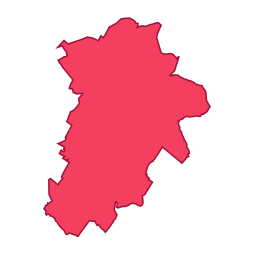 the district of Yauhquemehcan, Tlaxcala, Mexico, rotated 182°
{"feature_id": "50627088B44555224018793", "entity_name": "Yauhquemehcan", "entity_type": "district", "adm_level": 2, "iso_a3": "MEX", "parent_name": "Mexico", "parent_adm1": "Tlaxcala", "projection": "robinson", "projection_center": [-98.182, 19.403], "detail": "fine", "context": "isolated", "style": "filled", "palette": "rose", "viewbox_px": 256, "rotation_deg": 182, "n_neighbors": 0, "source": "geoboundaries", "source_scale": "gbopen_adm2", "svg_char_len": 5692}
<svg xmlns="http://www.w3.org/2000/svg" viewBox="0 0 256 256"><g transform="rotate(182 128 128)"><path d="M121.5,232.9L124.0,233.1L125.0,235.2L130.0,237.9L134.9,237.5L138.7,236.8L141.3,234.2L142.7,232.6L150.3,228.1L153.9,220.4L156.0,217.4L158.3,219.2L160.8,214.3L167.3,216.9L169.9,217.1L171.6,217.5L176.9,215.1L184.7,212.2L187.3,211.2L191.1,209.9L195.0,213.3L201.0,206.2L196.5,207.9L196.2,207.5L195.9,206.7L195.3,205.7L194.8,204.9L193.3,203.0L192.8,202.6L192.2,201.8L192.0,199.9L191.7,199.2L191.2,198.4L192.1,197.6L192.7,197.0L193.9,197.0L194.6,196.8L195.3,196.4L196.3,195.5L197.9,194.7L199.0,193.7L200.1,193.4L199.7,192.4L199.4,192.0L199.1,191.8L199.1,191.4L198.9,191.1L196.2,187.8L195.4,186.4L185.1,174.7L184.7,174.0L186.0,171.4L186.2,171.1L187.1,169.0L188.1,165.4L186.6,165.1L185.9,165.1L185.7,165.3L185.3,165.2L185.2,164.9L185.0,164.7L184.8,164.7L184.7,164.6L184.1,162.4L184.1,161.6L182.9,161.2L182.3,161.1L181.9,161.2L181.2,160.5L180.8,160.3L180.2,160.3L179.5,160.4L179.2,160.5L178.4,160.6L174.5,160.9L175.1,159.8L176.9,157.6L178.4,155.6L178.4,155.3L178.2,154.8L178.0,153.5L177.6,152.1L177.6,151.6L177.6,151.1L177.8,150.5L179.8,147.4L182.1,144.7L182.6,144.2L184.2,143.1L184.8,142.7L185.3,142.6L185.9,142.2L186.0,142.2L187.0,139.1L188.8,133.8L189.5,132.4L184.3,128.6L190.3,116.4L189.4,115.9L190.5,113.3L195.4,110.8L197.4,110.0L190.7,106.5L191.6,104.5L190.4,103.9L191.3,101.9L194.1,103.5L195.7,100.0L190.4,97.3L191.3,96.5L192.2,95.4L190.4,94.4L189.0,93.5L187.8,94.1L186.8,94.3L187.8,92.7L185.5,91.5L190.4,82.2L192.9,76.5L191.4,75.3L193.5,72.9L194.4,71.6L195.4,70.0L195.5,69.5L196.0,68.7L199.1,71.3L203.8,74.8L205.3,73.6L205.0,66.0L204.6,59.0L204.2,58.0L202.9,55.4L201.3,52.5L204.7,49.9L205.7,50.3L205.8,49.8L205.8,49.0L205.8,48.2L206.3,47.9L206.9,48.1L207.7,47.8L207.6,47.4L207.9,46.8L208.0,46.2L209.0,44.8L209.2,44.5L208.9,43.9L207.8,42.9L207.2,42.9L206.9,41.9L207.3,40.1L207.2,39.3L206.5,38.2L204.9,39.2L204.0,38.9L203.2,38.3L202.9,37.5L202.6,37.3L201.1,37.3L200.4,36.7L199.7,36.4L199.4,35.8L197.8,35.0L197.7,33.8L196.8,32.3L195.9,31.7L195.0,30.7L194.3,29.4L192.2,26.9L190.4,25.1L189.7,24.6L188.2,23.2L187.7,22.0L186.6,20.6L186.2,19.6L185.7,19.5L185.1,19.6L184.5,19.9L183.3,20.6L183.2,20.9L182.9,21.0L182.0,20.8L180.0,20.0L179.7,19.8L179.0,19.6L178.4,19.7L177.6,19.5L176.1,19.0L175.8,18.5L175.3,18.2L174.1,18.1L171.7,21.9L163.3,34.1L160.9,33.6L157.9,33.6L155.4,29.5L154.6,30.0L154.1,30.3L150.9,26.5L148.9,25.2L147.5,23.4L147.1,23.0L145.2,25.2L145.0,25.7L144.5,26.2L143.5,27.6L142.9,28.4L141.4,30.8L140.8,32.0L140.4,32.3L140.0,32.8L138.9,35.2L138.5,35.5L137.2,37.4L136.5,39.4L136.2,39.9L136.0,41.0L138.6,45.1L138.8,45.5L138.9,46.1L138.8,47.1L138.2,51.0L138.3,51.8L138.1,52.5L138.0,52.8L137.8,53.3L137.4,53.6L136.9,53.9L136.7,53.9L136.7,53.1L136.3,52.4L136.1,51.2L136.2,50.2L136.2,49.9L136.7,49.1L136.7,48.6L136.4,48.2L135.4,47.9L134.6,47.9L133.7,48.2L131.5,49.3L130.0,49.4L129.0,49.3L125.9,50.2L124.3,51.2L122.6,52.5L121.7,52.8L119.4,52.8L117.2,52.3L115.0,50.9L114.0,50.6L112.6,50.5L111.8,50.9L111.2,51.5L110.7,52.5L110.4,54.1L110.6,56.7L110.9,57.5L111.0,59.0L111.1,60.5L111.1,61.2L109.8,61.4L109.2,61.7L108.9,62.1L104.5,69.8L103.6,71.5L103.1,72.5L101.6,74.7L103.9,76.2L106.0,77.3L105.1,78.5L108.0,80.9L107.3,82.1L107.3,82.3L107.5,82.4L108.0,82.6L108.6,82.5L108.7,83.2L107.2,89.6L106.3,91.8L104.9,93.6L103.4,94.9L103.1,95.1L102.1,95.4L101.9,95.6L101.4,96.5L97.6,102.2L95.5,105.9L92.9,110.1L89.2,107.4L72.8,94.7L68.2,100.5L66.2,101.9L67.5,103.6L65.7,104.9L66.1,106.3L66.5,107.6L66.7,107.9L66.9,108.5L67.3,109.3L67.5,109.7L68.4,110.4L68.6,110.7L68.7,111.6L68.5,113.3L68.7,113.8L70.1,116.5L71.1,117.8L71.4,118.4L71.7,119.3L72.1,120.2L73.8,123.5L74.2,124.4L74.3,125.7L74.5,126.1L75.8,127.5L76.1,127.9L76.2,128.5L76.4,129.0L76.4,129.5L76.2,130.2L76.3,130.6L76.5,131.0L77.1,132.2L77.3,133.0L78.0,134.5L78.0,135.2L77.8,135.5L77.8,135.8L77.6,135.9L77.2,136.0L77.2,136.4L77.4,136.6L77.9,137.0L74.7,138.6L74.0,138.8L73.7,138.9L73.6,139.2L72.9,139.7L72.1,140.6L71.9,140.7L71.7,140.9L69.8,141.5L68.9,141.6L67.7,141.4L67.4,141.2L66.8,141.1L66.5,141.2L66.4,141.4L65.5,141.4L64.8,141.6L63.7,141.6L59.5,142.6L58.4,142.2L57.3,142.2L56.7,142.0L56.2,142.2L55.6,142.9L55.4,143.2L55.2,144.1L55.0,144.3L54.7,144.4L53.4,144.2L53.2,144.3L52.8,144.5L52.5,144.9L52.1,146.0L51.6,146.0L50.9,146.0L50.2,146.6L49.5,147.3L46.8,152.2L49.9,157.1L50.5,158.3L51.2,164.4L51.3,166.0L51.4,166.3L51.9,166.9L51.9,167.8L52.5,168.5L53.1,169.3L53.4,169.4L53.5,169.6L54.9,171.6L55.1,172.1L55.4,172.2L55.5,172.4L55.4,172.8L55.5,172.9L55.9,173.0L56.6,172.9L57.8,173.2L59.1,173.4L60.0,173.8L62.2,174.3L62.5,174.6L63.3,175.7L63.8,175.7L64.6,176.1L65.9,176.9L67.4,177.2L68.2,177.6L68.3,177.6L68.5,177.2L69.2,177.3L70.0,178.0L70.4,178.2L71.1,178.4L71.9,178.7L72.1,178.7L72.4,178.6L72.8,178.6L75.3,179.9L78.8,181.5L80.1,182.8L80.4,182.5L80.7,182.4L82.3,182.6L82.6,182.8L82.9,182.7L83.5,182.5L83.9,182.5L84.7,182.7L85.5,182.2L85.8,181.8L86.2,181.5L87.1,181.7L87.5,181.9L88.0,181.7L88.1,182.0L87.8,182.1L87.0,183.2L83.5,186.8L83.2,187.7L82.7,189.3L82.2,191.7L81.5,193.6L80.9,196.2L80.1,198.8L79.7,200.9L80.3,200.8L80.7,200.4L81.2,199.2L81.6,199.0L81.9,199.1L82.2,200.0L82.4,200.3L82.7,200.5L84.0,201.5L85.0,202.7L85.4,203.0L87.7,203.8L88.4,203.9L92.3,203.1L92.9,203.1L93.6,203.3L94.2,203.4L95.5,203.2L96.1,203.6L96.8,204.0L97.4,204.1L102.4,218.8L102.3,220.8L101.9,223.0L99.7,229.1L99.0,230.3L98.5,231.6L98.5,231.8L98.6,232.0L101.2,234.2L102.5,234.2L106.5,233.0L107.1,232.5L109.0,232.3L110.2,231.8L111.1,231.2L112.2,231.0L114.1,230.1L114.7,229.9L116.1,230.6L117.5,230.6L118.4,230.4L119.5,229.8L120.1,230.0L120.8,229.7L121.3,229.4L122.2,228.7L122.2,228.9L122.0,229.2L121.5,232.9Z" fill="#f43f5e" stroke="#9f1239" stroke-width="1.5"/></g></svg>